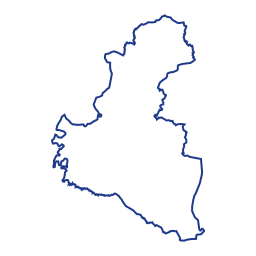 the district of Phibun Mangsahan, Ubon Ratchathani, Thailand
{"feature_id": "78962969B76459956154531", "entity_name": "Phibun Mangsahan", "entity_type": "district", "adm_level": 2, "iso_a3": "THA", "parent_name": "Thailand", "parent_adm1": "Ubon Ratchathani", "projection": "natural_earth1", "projection_center": [105.21, 15.161], "detail": "fine", "context": "isolated", "style": "outline", "palette": "blue", "viewbox_px": 256, "rotation_deg": 0, "n_neighbors": 0, "source": "geoboundaries", "source_scale": "gbopen_adm2", "svg_char_len": 5787}
<svg xmlns="http://www.w3.org/2000/svg" viewBox="0 0 256 256"><path d="M196.1,238.9L196.3,235.8L196.6,235.0L197.5,234.6L200.5,234.4L201.5,233.9L204.0,231.2L204.0,230.5L202.6,228.8L201.8,228.9L200.8,230.5L200.0,230.4L199.7,230.0L199.2,228.7L198.0,220.1L195.5,217.9L194.6,216.7L192.1,211.1L192.2,206.1L193.4,199.4L194.3,195.8L195.7,193.5L198.6,186.4L200.0,182.6L201.6,175.6L202.1,172.4L201.0,159.0L189.9,156.9L187.5,155.6L184.9,155.9L183.6,155.3L182.3,153.7L182.3,153.1L182.9,152.7L183.5,152.8L182.9,150.8L183.4,148.2L184.2,146.7L183.9,144.3L186.3,142.5L186.4,141.0L186.1,139.5L184.9,137.2L185.9,135.4L186.0,133.6L186.6,132.5L186.0,132.1L186.1,131.7L183.5,130.1L182.8,127.0L182.8,126.2L183.4,125.1L184.2,124.9L184.5,124.4L181.1,124.0L177.3,124.3L175.9,125.3L175.0,124.1L174.1,123.8L172.9,122.4L172.5,120.9L170.6,121.1L169.0,120.2L166.6,120.5L161.4,117.4L159.6,117.9L158.8,117.6L158.7,118.1L156.9,119.5L156.6,118.5L155.2,117.3L154.4,116.0L155.2,114.9L156.3,115.8L156.9,115.7L157.0,114.4L158.1,113.3L158.6,111.5L159.4,110.7L159.6,109.8L160.9,110.2L162.1,109.6L162.2,109.0L160.7,107.4L160.2,105.8L161.2,104.9L163.3,104.3L163.3,102.6L162.4,100.4L162.4,99.6L164.2,98.8L165.9,95.6L165.8,94.9L164.7,94.7L163.8,93.8L162.4,89.7L160.9,89.9L159.8,90.7L159.4,89.7L159.5,88.9L159.0,88.9L157.9,87.8L159.8,82.7L162.4,80.4L166.2,77.9L166.9,76.7L167.3,74.0L167.8,73.3L169.7,72.5L173.3,72.0L177.2,70.3L177.7,69.6L177.9,65.9L178.3,65.2L182.6,63.9L190.1,63.0L191.7,62.2L194.9,59.8L194.2,58.4L193.1,57.7L193.7,56.7L192.6,55.4L193.0,54.7L192.6,53.1L193.7,52.9L193.9,52.1L193.2,51.4L192.6,48.6L192.7,47.5L192.0,46.6L192.1,45.8L190.9,45.9L190.1,44.8L189.9,45.2L189.0,45.0L188.4,45.5L187.3,44.6L187.1,44.9L187.3,44.0L186.6,43.4L186.8,42.8L186.1,42.2L186.4,42.1L186.3,41.5L186.5,41.4L185.8,41.0L184.8,41.0L184.3,40.0L184.5,39.5L184.1,38.8L184.1,38.0L183.6,37.3L184.2,35.6L184.1,34.4L184.8,34.5L185.1,34.0L185.2,32.2L184.7,31.4L184.7,30.7L186.1,27.4L186.3,26.3L186.0,26.0L185.7,26.2L184.3,25.6L183.6,22.4L179.4,23.0L177.6,22.9L172.5,19.9L170.6,17.5L166.9,16.8L164.7,15.4L164.2,16.0L162.0,16.5L160.6,18.6L158.7,20.3L156.8,20.2L155.7,20.6L155.4,22.0L152.5,22.4L147.9,22.3L146.6,23.4L143.5,24.7L141.6,24.1L140.6,25.3L139.9,25.5L139.3,26.3L138.9,26.3L137.7,27.8L136.3,28.5L136.3,29.1L135.5,28.9L135.0,29.2L134.7,30.3L134.1,30.6L134.0,31.9L133.5,32.9L134.0,34.4L133.9,35.8L134.3,36.2L134.5,36.0L134.7,36.4L134.5,36.6L134.7,37.7L134.3,37.6L134.4,38.5L133.3,40.3L133.8,41.4L134.2,41.6L134.0,42.1L134.9,43.0L134.5,44.1L134.2,44.5L133.6,43.9L130.0,42.6L129.0,43.3L128.3,43.2L127.0,42.4L126.4,43.1L125.8,44.7L125.4,45.2L125.1,45.0L124.8,45.9L124.9,46.5L124.2,47.6L124.7,48.2L124.7,49.4L125.0,49.9L124.6,50.2L124.6,51.2L124.2,52.2L124.5,52.8L124.2,53.2L124.3,53.8L123.8,54.1L123.2,55.4L116.6,52.1L114.2,51.4L112.1,51.8L108.7,53.6L105.6,54.1L105.0,55.9L104.9,58.1L107.0,61.9L107.7,62.3L110.1,62.7L110.1,66.6L110.4,69.8L111.9,73.7L109.3,87.2L109.0,87.9L107.3,88.9L105.1,91.2L102.7,93.0L102.1,95.4L100.3,96.5L96.3,97.7L93.7,104.4L94.0,105.7L95.6,108.9L97.9,111.5L99.0,113.8L101.2,114.7L101.2,116.0L100.1,116.8L98.0,115.5L97.5,119.1L96.9,119.8L94.2,121.1L90.1,123.8L87.6,123.9L86.1,126.0L85.2,126.4L84.2,126.0L83.7,124.6L83.2,124.4L78.5,124.9L72.9,124.4L70.7,123.0L69.3,121.0L66.2,118.5L64.5,114.8L61.9,116.7L60.5,120.4L58.6,123.1L57.4,125.4L56.4,129.5L57.0,130.1L58.9,130.0L63.9,131.5L65.5,133.1L65.4,134.3L62.6,136.8L61.3,137.7L58.3,137.3L56.2,134.9L55.4,134.6L54.0,138.8L52.3,140.0L52.0,140.9L52.7,143.0L53.2,143.7L55.2,143.1L56.9,143.2L57.4,143.6L58.3,145.7L58.8,146.1L59.7,146.0L62.0,144.3L63.5,145.3L63.8,146.2L61.1,149.0L59.6,148.7L59.2,150.4L57.8,152.0L57.7,152.8L59.7,154.7L59.7,155.2L59.3,155.5L56.9,155.3L56.1,156.1L54.0,160.5L53.9,164.8L53.3,166.7L53.8,167.3L54.8,166.9L55.1,163.4L56.2,161.4L58.2,161.4L58.9,164.8L59.2,165.2L59.9,165.3L60.8,164.7L61.4,161.4L63.1,160.7L64.8,158.6L66.2,158.7L67.0,159.3L67.4,160.4L67.4,161.7L66.7,165.0L67.2,166.4L67.0,167.3L66.7,167.4L65.8,166.4L64.2,166.6L62.6,166.1L61.8,166.6L61.3,167.6L61.3,168.1L61.6,168.3L64.3,168.4L66.0,169.7L66.6,170.8L65.2,171.9L64.3,177.2L63.8,178.5L62.5,180.3L62.8,181.4L64.2,181.7L64.5,181.1L64.3,180.8L66.4,180.0L67.7,180.0L68.3,180.8L68.6,182.5L69.1,183.0L68.9,183.8L69.1,183.6L69.3,183.9L69.7,183.5L69.5,183.9L69.9,183.9L70.1,184.7L70.4,184.4L70.6,184.6L70.7,184.2L71.0,184.5L71.4,184.2L71.4,184.7L71.8,184.6L71.6,184.4L72.4,183.2L72.5,183.6L73.1,183.9L72.9,184.3L74.5,184.1L74.8,184.4L74.7,184.7L75.5,184.9L75.6,187.3L77.1,186.7L77.7,187.2L78.4,186.8L79.1,187.9L80.3,188.1L80.3,188.4L80.7,188.5L81.1,188.4L81.2,188.7L81.3,188.4L81.7,188.4L82.1,188.7L81.9,189.0L82.4,189.4L82.7,188.5L83.4,188.9L84.5,188.1L85.2,188.3L85.5,189.0L87.1,188.4L88.0,189.5L88.8,189.5L89.1,190.6L90.0,190.6L90.3,191.1L90.9,190.9L91.4,191.6L92.1,191.7L92.2,192.2L93.1,192.5L93.0,192.9L93.3,192.7L94.4,193.4L95.2,194.8L95.7,194.9L95.9,194.5L96.4,194.3L96.5,194.6L97.5,194.6L98.1,195.3L98.5,194.4L100.9,194.9L101.0,194.6L101.7,194.5L103.3,195.2L103.9,195.1L103.9,195.5L104.9,195.8L105.7,195.4L108.0,195.6L108.4,195.2L109.5,195.8L110.8,195.3L111.3,194.8L112.6,195.0L114.8,193.5L116.4,194.2L119.2,196.3L119.7,197.4L121.5,199.3L123.6,203.0L125.8,206.0L133.4,210.5L136.8,214.1L138.3,214.1L140.6,214.9L141.7,216.6L141.8,217.1L142.5,217.3L142.6,217.9L143.3,218.0L143.1,218.4L143.5,218.6L144.5,218.6L144.5,219.0L145.9,220.6L145.9,221.1L146.7,221.8L146.8,222.6L147.2,222.4L147.7,223.1L148.9,223.2L149.7,222.5L151.7,222.7L152.4,222.4L153.2,223.8L154.9,225.4L155.2,226.0L156.6,225.1L161.2,227.6L162.4,229.6L163.1,232.2L164.4,232.2L165.1,233.2L165.8,233.5L169.3,232.0L169.9,231.3L170.4,231.5L171.4,231.0L173.0,230.8L174.9,231.3L176.3,231.1L179.8,237.5L180.1,238.6L179.7,239.7L180.6,240.5L184.5,240.6L186.4,239.8L191.6,239.0L196.1,238.9Z" fill="none" stroke="#1e3a8a" stroke-width="2"/></svg>